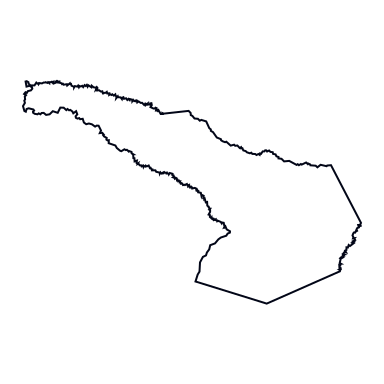 Tambopata, Madre de Dios, Peru (orthographic projection)
{"feature_id": "86281439B97572959999904", "entity_name": "Tambopata", "entity_type": "district", "adm_level": 2, "iso_a3": "PER", "parent_name": "Peru", "parent_adm1": "Madre de Dios", "projection": "orthographic", "projection_center": [-70.427, -12.188], "detail": "fine", "context": "isolated", "style": "outline", "palette": "ink", "viewbox_px": 384, "rotation_deg": 0, "n_neighbors": 0, "source": "geoboundaries", "source_scale": "gbopen_adm2", "svg_char_len": 5881}
<svg xmlns="http://www.w3.org/2000/svg" viewBox="0 0 384 384"><path d="M24.4,111.0L25.8,111.7L26.6,109.0L28.7,108.3L33.4,109.5L34.1,110.6L33.0,111.7L33.1,112.7L34.7,113.8L37.5,114.3L38.7,113.4L40.4,114.3L41.6,113.0L43.7,112.9L46.1,114.9L49.6,114.3L52.8,111.2L57.7,112.8L60.3,107.6L63.7,107.7L66.3,110.1L67.5,109.0L69.1,110.3L70.3,109.9L72.4,111.5L73.3,113.3L76.1,111.2L77.3,114.3L75.6,116.3L75.9,117.8L77.5,118.6L79.2,118.1L80.1,119.2L82.7,118.8L83.9,122.5L86.2,124.2L88.9,123.5L91.9,124.3L95.1,126.6L96.7,125.6L98.6,125.7L101.0,130.5L99.8,133.1L102.3,132.8L103.8,134.7L103.1,135.1L104.0,136.4L106.7,137.9L106.4,139.6L107.5,140.4L108.8,140.2L108.7,143.2L115.4,145.5L116.8,148.0L120.2,150.8L121.3,151.2L124.4,149.3L125.8,150.1L126.9,149.8L128.7,151.5L129.0,151.0L131.5,151.9L131.7,153.3L133.0,154.1L132.5,154.1L133.2,154.9L133.4,158.1L134.4,158.2L134.6,161.4L136.9,160.6L136.5,162.9L137.3,163.8L138.1,163.3L137.8,164.0L138.5,163.7L139.7,165.3L141.3,165.4L141.6,166.3L143.0,165.5L143.4,166.8L143.8,165.8L145.1,166.6L145.7,165.6L146.8,166.4L148.7,165.5L149.9,168.1L150.6,167.8L151.5,169.3L152.3,169.4L152.1,170.3L155.4,170.3L156.2,171.8L159.7,172.6L159.8,173.5L160.4,172.4L161.4,173.6L163.0,173.4L162.8,172.7L164.1,172.0L164.9,172.8L166.8,172.6L166.7,173.5L168.7,173.5L168.9,174.3L169.8,173.0L172.5,173.8L172.3,174.9L173.3,175.3L173.6,176.9L173.0,177.3L174.0,177.7L174.2,177.1L174.8,178.6L176.3,177.2L175.8,178.6L176.8,178.6L177.0,180.3L177.7,180.0L178.1,181.2L179.0,180.7L179.5,181.7L180.1,181.5L179.8,182.6L181.1,183.0L181.0,183.7L182.3,183.6L183.0,185.1L185.0,184.7L184.9,183.8L185.3,184.9L186.9,184.0L187.6,185.5L188.8,185.0L188.5,186.4L189.5,185.9L190.0,187.4L191.1,186.8L191.4,187.7L192.1,187.7L191.7,187.0L192.2,187.5L192.3,188.5L194.8,187.9L196.1,188.5L196.3,189.8L196.9,189.3L197.4,190.3L198.1,189.8L197.5,191.0L198.4,191.2L198.2,192.3L200.8,192.8L201.5,196.0L201.9,194.9L203.7,195.8L203.3,198.1L204.1,198.1L204.2,199.1L204.7,198.6L205.8,202.4L207.1,202.0L207.3,205.6L208.3,206.5L207.7,207.0L208.7,206.8L209.3,208.5L210.1,208.6L209.2,209.6L210.1,210.1L210.1,211.9L208.6,214.6L209.9,215.1L209.9,217.0L211.2,218.0L211.6,217.4L211.8,218.7L212.9,219.4L213.0,218.5L213.7,218.7L213.9,220.0L215.6,219.3L215.5,220.1L217.1,220.4L217.2,221.3L218.3,220.9L220.7,221.9L221.7,223.4L222.1,222.5L223.7,222.8L224.2,225.3L224.9,225.6L224.4,226.8L225.0,226.4L226.1,226.8L224.9,226.8L224.8,227.6L225.8,227.3L226.7,229.4L230.0,231.3L229.9,232.6L227.6,233.6L226.3,235.7L220.9,237.5L218.3,239.4L215.0,243.4L210.2,245.2L209.2,249.4L206.9,252.5L206.0,255.4L202.9,256.9L200.0,262.4L199.5,271.6L197.7,274.5L195.5,281.5L266.7,303.6L339.9,271.3L340.3,269.9L339.5,269.6L340.8,269.1L340.6,268.2L339.5,268.8L339.3,265.2L341.0,265.8L339.8,265.0L340.5,264.2L339.5,264.0L341.0,263.8L339.7,263.1L340.7,258.8L340.1,258.3L341.3,257.2L342.0,258.0L343.5,257.1L342.9,255.7L343.9,255.6L343.1,254.4L344.1,254.3L343.1,253.8L344.5,252.0L346.1,252.4L345.1,250.6L346.4,250.0L346.5,247.3L347.9,247.5L348.7,245.0L350.0,246.0L353.7,243.2L352.3,242.7L354.0,241.6L353.1,241.1L355.2,240.0L354.5,238.7L353.7,239.1L354.5,238.2L353.0,238.4L353.4,237.2L352.5,235.5L353.3,233.3L354.1,232.4L355.1,232.6L356.3,230.2L356.6,231.1L357.1,230.8L356.5,229.5L357.2,228.1L358.9,227.4L358.2,225.0L359.8,224.9L360.1,226.0L360.7,225.8L360.2,224.5L361.0,222.9L331.0,165.2L327.2,165.5L326.6,166.2L320.6,164.8L317.4,167.3L315.7,165.7L310.4,165.3L310.1,164.4L308.2,163.5L307.8,164.1L306.1,162.5L301.7,164.6L300.9,164.0L298.9,165.2L297.7,164.2L296.6,164.9L289.2,160.9L284.1,161.4L281.5,158.8L278.5,158.4L278.5,157.0L276.4,156.3L275.6,154.4L273.1,153.9L272.7,152.2L270.4,151.9L269.1,150.5L267.1,151.5L266.4,150.4L265.2,150.3L264.4,151.4L262.7,151.4L261.1,153.8L260.1,153.4L259.7,154.9L258.4,154.0L256.5,155.0L255.2,154.0L252.3,153.9L251.3,152.7L249.9,153.3L246.9,152.3L245.7,151.1L243.3,150.4L242.4,148.2L241.2,148.4L241.0,147.2L239.7,148.0L237.4,145.5L235.2,145.8L234.1,144.7L230.7,145.6L226.3,141.7L225.1,142.2L222.7,141.3L221.1,140.3L220.9,139.2L216.8,137.5L213.0,132.1L210.9,130.9L210.8,129.4L209.3,128.2L206.2,121.4L201.3,119.9L199.8,120.7L197.9,118.8L194.5,118.5L192.4,115.9L190.8,115.1L190.6,112.9L188.6,110.9L163.1,113.7L163.0,113.3L162.5,113.1L162.7,114.0L160.7,114.0L158.3,109.8L157.7,110.0L158.4,111.8L157.4,110.5L156.0,110.5L156.6,108.2L155.5,107.7L154.7,108.5L153.4,108.5L150.5,107.1L151.8,105.1L151.4,103.2L150.2,103.4L150.3,104.7L148.0,104.3L147.2,105.3L147.6,103.6L146.0,104.9L146.0,103.8L145.3,103.5L144.2,105.0L142.1,102.8L140.7,102.9L138.6,101.4L137.3,102.4L137.0,100.6L136.2,100.5L135.3,102.0L135.5,100.6L134.2,101.1L133.2,99.9L132.3,101.2L132.2,99.7L130.1,99.1L129.7,100.2L128.7,99.3L129.2,98.2L127.3,100.0L126.1,98.3L124.0,98.8L123.4,97.2L122.2,97.7L121.9,99.1L120.6,97.4L118.1,97.2L117.8,96.3L116.3,98.1L116.6,96.3L115.6,95.8L115.3,94.4L113.8,95.6L112.3,94.3L111.5,95.0L110.2,94.3L109.2,94.9L109.3,93.3L107.3,93.5L106.8,91.9L105.7,92.8L103.4,92.9L103.1,94.2L102.3,91.3L101.0,91.6L98.9,90.2L97.2,90.5L97.0,88.9L95.9,89.8L96.4,88.2L97.3,87.8L96.7,87.0L96.0,87.7L93.6,87.3L91.7,85.7L91.4,87.3L88.4,85.3L87.6,86.7L86.8,84.9L85.7,86.0L84.6,85.1L83.2,87.1L82.2,85.8L80.8,86.5L79.6,86.0L78.9,87.3L78.1,85.6L77.3,86.6L74.9,86.1L74.1,87.4L74.1,86.8L71.5,85.7L71.0,83.9L70.1,84.0L69.9,83.3L67.2,85.5L66.9,84.2L63.5,84.7L63.0,83.8L62.0,84.1L61.7,83.3L59.7,82.8L59.5,81.7L58.6,82.3L57.8,81.3L57.4,81.8L56.1,80.4L56.8,82.3L55.5,82.0L55.5,82.8L53.4,83.6L52.8,82.9L53.2,81.7L52.1,82.0L52.1,81.1L51.6,82.1L49.3,82.2L49.3,83.2L48.0,82.2L47.4,82.9L45.8,82.3L45.4,83.1L45.4,82.5L43.7,82.5L42.0,83.4L39.5,83.1L38.7,84.1L38.5,83.2L37.3,83.6L36.3,82.6L34.5,85.4L30.5,85.4L28.5,83.6L28.4,82.2L26.7,81.2L25.6,81.5L26.5,86.6L29.6,85.8L32.0,87.3L32.3,88.7L30.9,90.4L27.9,91.1L27.0,92.7L26.2,92.4L25.9,93.2L25.3,92.5L24.1,94.0L26.0,95.2L24.8,96.5L25.1,99.4L24.3,100.6L24.9,102.9L23.0,106.1L24.4,111.0Z" fill="none" stroke="#020617" stroke-width="2"/></svg>